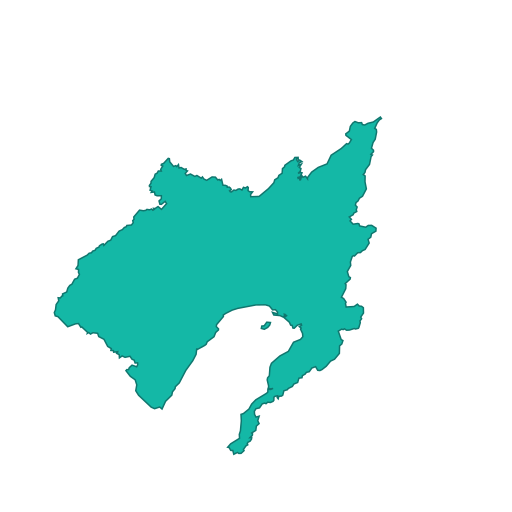 Maroantsetra, Analanjirofo, Madagascar, rotated 46°
{"feature_id": "10022922B79548799707119", "entity_name": "Maroantsetra", "entity_type": "district", "adm_level": 2, "iso_a3": "MDG", "parent_name": "Madagascar", "parent_adm1": "Analanjirofo", "projection": "equal_earth", "projection_center": [49.851, -15.369], "detail": "fine", "context": "isolated", "style": "filled", "palette": "teal", "viewbox_px": 512, "rotation_deg": 46, "n_neighbors": 0, "source": "geoboundaries", "source_scale": "gbopen_adm2", "svg_char_len": 6138}
<svg xmlns="http://www.w3.org/2000/svg" viewBox="0 0 512 512"><g transform="rotate(46 256 256)"><path d="M319.4,150.3L314.3,151.5L312.0,154.0L311.5,157.1L306.3,160.6L304.5,159.6L303.4,160.1L300.6,164.0L296.1,164.0L295.9,161.9L292.7,161.8L293.8,157.4L293.1,155.9L294.0,152.6L292.4,151.8L291.0,149.2L288.5,149.2L287.0,146.9L287.3,144.6L286.3,141.4L287.0,137.9L284.4,130.0L278.4,126.1L274.2,121.9L271.9,122.3L271.6,119.6L270.0,117.2L269.0,110.8L264.4,104.1L264.2,102.1L262.7,102.7L262.6,99.0L261.5,98.0L258.7,98.1L255.7,93.0L254.8,89.1L250.6,83.1L248.5,81.5L246.7,82.0L244.4,76.3L243.8,72.7L244.3,70.3L242.4,70.0L241.1,78.5L238.3,83.3L237.3,86.8L235.4,88.2L233.4,87.4L231.2,89.9L228.0,91.4L227.6,94.0L228.3,98.1L231.0,102.1L230.5,106.6L231.7,107.5L238.5,106.5L239.6,110.6L239.4,112.1L238.1,112.8L237.9,120.1L235.7,131.9L239.1,140.9L235.5,149.7L234.3,157.7L235.4,164.7L236.1,165.3L233.0,164.9L232.0,167.5L230.1,167.2L232.1,171.1L231.6,171.6L230.2,170.2L229.5,171.8L228.6,171.3L229.7,169.2L228.1,165.1L226.9,165.8L225.8,168.3L225.8,165.3L224.3,162.9L222.4,163.4L221.4,159.5L220.3,162.7L219.0,160.1L220.0,157.4L217.3,157.9L217.0,160.4L214.7,159.8L213.9,158.4L215.6,158.3L214.3,157.2L212.1,159.6L212.9,162.5L211.9,164.6L210.8,172.2L211.7,173.6L211.5,176.2L214.6,179.7L213.9,183.6L215.0,185.8L214.2,189.6L215.7,192.2L216.2,200.3L215.3,212.4L209.7,218.6L208.0,217.2L207.5,213.9L205.3,216.0L203.4,216.3L201.4,214.0L200.2,214.0L199.7,216.4L197.9,217.3L198.8,220.3L196.5,221.0L195.4,222.4L194.9,224.9L193.2,226.1L192.9,229.1L192.0,229.9L190.7,229.7L191.1,227.7L189.4,227.2L187.8,227.4L186.6,228.9L185.7,228.2L184.0,228.9L182.1,230.6L176.9,227.5L176.8,229.3L175.3,229.3L174.7,230.7L171.1,230.4L168.6,232.7L167.3,238.9L164.5,240.0L161.9,239.6L162.0,241.3L157.0,242.6L156.3,244.7L151.5,246.2L149.8,250.1L147.4,249.5L147.2,246.2L145.8,246.8L144.8,245.8L143.8,247.4L140.3,248.4L139.2,250.2L136.4,248.3L136.7,250.9L135.3,250.9L134.3,253.1L128.3,252.6L125.8,250.7L124.8,251.3L125.2,258.1L124.3,260.3L124.9,261.2L126.5,260.6L127.5,264.4L129.1,265.1L127.0,267.2L127.7,269.6L127.1,271.7L128.9,274.8L129.4,279.6L130.7,281.0L131.2,283.7L132.1,284.4L133.2,283.4L135.1,286.5L137.1,285.5L137.5,287.1L139.4,284.6L142.0,286.2L144.0,285.3L146.9,282.2L149.1,284.4L149.0,287.5L152.0,289.2L153.1,288.2L153.6,283.4L156.2,283.9L156.8,291.6L152.4,292.1L151.7,295.7L150.7,296.5L151.8,296.8L151.4,298.4L149.7,298.4L148.8,300.5L146.7,302.1L146.6,303.6L145.2,305.6L142.1,307.9L143.0,316.8L144.9,318.3L144.9,320.1L146.7,321.1L147.2,324.1L144.3,327.7L144.8,329.1L144.0,330.9L144.2,333.8L143.0,337.2L143.8,342.9L142.4,345.7L143.7,349.6L142.5,352.3L142.7,358.1L141.2,357.4L140.5,358.4L139.9,361.5L140.5,362.8L139.5,365.6L140.1,367.8L139.0,370.2L139.4,372.1L138.1,374.1L138.1,376.9L135.3,386.4L139.2,390.6L140.1,394.4L142.4,393.0L144.6,395.2L146.5,395.7L147.9,399.9L146.7,402.6L148.4,408.0L147.8,410.4L148.4,413.7L150.4,417.2L148.9,421.5L150.4,422.7L149.9,423.7L150.3,425.8L148.6,427.3L151.2,429.0L152.1,433.5L155.5,437.7L156.6,440.4L159.6,442.0L162.0,440.6L176.1,440.6L179.5,432.8L181.3,430.6L185.6,431.5L186.0,430.6L194.0,430.2L194.5,431.1L194.9,429.5L197.2,429.3L197.9,426.6L201.6,423.6L204.7,425.1L210.3,423.2L218.0,425.5L222.1,424.4L223.1,426.0L225.0,424.3L226.3,425.2L228.6,422.1L229.0,424.4L229.4,422.8L230.1,423.6L231.9,422.9L234.4,425.0L234.9,421.7L237.9,420.6L240.6,416.3L244.1,416.9L246.3,416.0L249.0,417.3L250.6,415.4L252.0,416.5L252.8,418.8L248.4,421.0L248.3,424.7L249.2,426.6L248.0,427.8L248.1,429.2L255.2,430.0L261.1,428.9L265.9,431.3L269.4,436.1L274.6,437.2L291.9,436.4L295.4,435.0L297.7,430.2L300.8,429.9L297.7,422.0L297.6,413.2L295.7,410.5L295.2,406.4L294.0,404.9L294.0,399.4L289.5,385.9L287.4,374.2L285.1,367.4L281.3,362.8L282.4,363.4L284.7,355.0L284.9,353.2L283.8,350.7L284.9,342.3L283.0,338.1L283.1,334.4L282.4,333.6L279.2,333.6L278.0,332.1L276.9,321.5L275.7,320.5L276.3,317.5L278.4,310.7L281.0,305.5L291.1,290.1L297.7,283.1L301.3,281.1L306.3,281.5L308.1,279.3L311.2,279.4L312.6,280.7L308.0,283.3L310.8,284.2L315.6,280.1L318.5,279.0L319.0,276.9L317.5,276.1L318.0,275.7L320.2,275.5L319.7,278.6L326.9,278.0L329.8,279.1L331.0,278.2L333.5,279.5L334.5,278.7L334.5,274.4L336.2,270.7L337.5,271.3L336.9,273.9L339.2,273.6L339.6,274.8L344.0,276.3L346.6,278.4L346.9,282.0L344.1,288.9L347.1,299.0L344.5,308.2L343.9,319.4L345.7,323.2L351.4,329.6L351.7,332.3L352.9,334.0L358.4,337.3L359.6,339.0L361.8,337.7L363.1,335.7L362.3,338.1L360.1,340.0L362.1,342.0L362.1,343.8L359.3,356.0L359.5,362.0L361.2,367.4L360.6,374.5L359.5,376.8L364.4,381.1L371.0,388.7L372.7,391.9L375.7,394.5L373.5,404.7L373.9,409.2L375.1,408.4L378.3,409.2L379.8,407.8L383.2,409.7L384.4,405.8L386.1,405.5L387.6,403.8L387.7,399.8L386.4,399.4L385.6,395.0L386.1,393.1L384.8,392.6L384.4,391.1L385.1,388.9L384.6,386.5L383.6,385.2L382.5,386.5L382.4,383.1L381.5,382.0L380.3,382.1L381.3,377.3L378.6,373.9L378.7,370.2L375.7,369.2L373.4,365.0L371.9,367.9L369.0,367.1L366.6,365.1L365.8,362.1L367.7,359.0L366.7,354.2L367.9,351.9L369.2,351.4L369.3,349.1L371.4,347.4L372.4,344.7L372.2,343.4L370.0,341.2L370.1,339.8L371.4,337.7L372.6,339.1L374.1,339.2L372.8,337.1L374.5,334.9L374.7,333.4L372.3,329.6L374.0,326.3L373.7,324.8L375.1,320.5L374.4,317.7L375.9,313.9L373.7,310.0L375.5,307.5L374.3,305.7L375.1,302.6L374.7,300.6L376.2,298.1L375.4,293.6L377.0,290.0L381.1,291.0L382.8,289.6L383.5,287.6L384.1,282.1L383.4,275.4L384.8,271.2L384.0,263.7L378.7,258.3L378.9,255.4L377.2,252.2L375.3,252.8L367.2,249.0L368.1,245.2L369.5,244.4L369.8,243.0L372.3,242.4L374.2,240.2L376.4,235.7L377.6,235.2L379.1,232.6L378.9,231.7L376.4,227.3L374.9,226.3L374.5,223.6L372.7,223.1L371.7,218.3L367.8,214.7L365.5,215.0L363.7,216.5L361.1,216.5L360.5,220.5L355.3,226.6L352.3,224.6L351.8,223.3L347.5,222.5L345.0,223.2L341.9,214.2L339.2,211.2L337.8,211.0L338.0,204.3L337.1,203.1L335.4,203.6L330.6,201.1L328.6,194.4L325.9,192.3L323.2,187.1L323.5,185.6L324.4,185.2L324.3,180.6L326.1,178.5L326.1,175.7L327.1,173.0L325.3,165.6L321.8,163.8L322.2,160.4L320.2,157.4L321.4,152.5L319.4,150.3ZM311.8,302.5L314.5,300.9L315.5,297.2L315.2,294.1L313.9,291.8L311.1,294.2L311.9,298.6L310.4,300.5L311.8,302.5Z" fill="#14b8a6" stroke="#0f766e" stroke-width="1.5"/></g></svg>